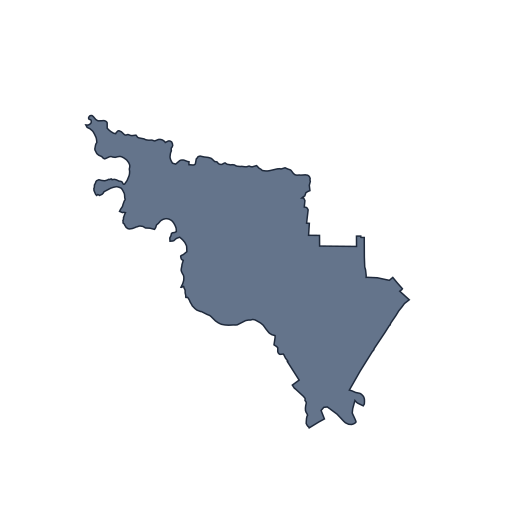 the district of Adjud, Vrancea, Romania, rotated 158°
{"feature_id": "2599482B44927055134787", "entity_name": "Adjud", "entity_type": "district", "adm_level": 2, "iso_a3": "ROU", "parent_name": "Romania", "parent_adm1": "Vrancea", "projection": "albers", "projection_center": [27.21, 46.112], "detail": "fine", "context": "isolated", "style": "filled", "palette": "slate", "viewbox_px": 512, "rotation_deg": 158, "n_neighbors": 0, "source": "geoboundaries", "source_scale": "gbopen_adm2", "svg_char_len": 6126}
<svg xmlns="http://www.w3.org/2000/svg" viewBox="0 0 512 512"><g transform="rotate(158 256 256)"><path d="M348.1,439.1L351.6,440.4L352.0,440.7L352.9,441.8L353.5,442.8L354.6,446.2L355.4,447.6L356.3,448.1L357.5,448.2L358.4,447.8L359.3,447.1L359.7,446.1L359.6,445.4L359.3,445.0L358.7,444.7L358.2,444.2L358.1,443.4L358.5,441.9L359.2,441.1L360.8,440.4L362.1,440.3L362.9,440.4L364.7,441.3L364.4,438.5L362.3,436.2L360.7,433.1L360.4,431.9L360.1,429.4L359.9,425.8L360.0,424.9L360.4,423.1L361.1,420.8L362.2,420.1L363.2,419.0L365.3,415.7L365.6,414.6L365.3,411.3L365.2,410.5L364.1,408.4L361.8,406.0L361.2,404.3L360.2,402.9L359.4,402.7L354.8,402.9L353.9,402.8L352.6,402.2L351.9,401.5L349.6,400.2L347.2,399.9L344.8,399.3L343.4,398.3L341.9,396.6L340.0,393.6L339.7,392.6L339.1,390.3L339.0,388.2L339.2,387.0L339.8,385.7L340.9,384.1L341.5,381.7L342.5,379.6L343.5,378.1L347.2,374.3L350.9,371.9L351.3,371.9L351.7,372.0L352.1,372.4L352.2,372.8L352.4,374.3L352.6,375.1L353.1,375.6L354.2,376.4L355.0,376.8L356.8,378.8L358.5,380.1L360.9,380.7L361.1,381.6L361.6,381.8L363.0,381.7L363.6,382.2L364.3,382.3L365.1,382.1L368.1,382.4L371.0,384.0L373.1,385.6L375.6,385.5L376.6,384.9L377.6,383.7L379.2,382.4L380.2,380.2L381.0,379.4L381.7,377.4L381.6,373.5L381.5,372.9L381.0,371.8L379.8,372.3L379.1,371.8L378.5,370.8L377.1,370.8L375.5,370.9L374.0,371.6L372.9,372.5L372.2,372.6L365.3,373.3L362.3,373.1L359.6,372.6L358.9,372.3L357.1,370.9L355.8,369.6L355.5,369.1L355.1,367.7L354.9,366.0L354.7,363.4L355.0,361.8L356.0,358.8L355.9,358.1L356.3,357.2L357.6,356.3L360.1,353.5L361.2,352.0L364.0,350.1L365.8,348.5L363.5,346.2L362.1,346.0L360.8,345.1L362.2,343.8L364.5,341.2L365.2,339.6L366.1,338.8L366.3,337.9L366.9,336.4L366.2,335.0L366.1,333.6L365.7,331.1L364.5,329.3L363.3,328.5L360.4,327.8L357.5,327.7L356.4,327.8L355.3,327.6L353.1,327.5L352.2,327.2L349.8,325.8L348.0,323.4L343.9,321.5L340.1,318.7L338.4,319.9L336.6,322.1L334.3,322.8L331.4,324.3L330.6,324.5L328.3,324.8L326.1,324.5L324.7,324.0L323.0,322.9L321.9,321.7L321.0,320.5L320.4,319.1L319.9,317.2L319.6,314.7L319.6,312.2L319.8,311.1L320.7,308.5L322.5,308.3L324.7,308.8L325.9,308.6L327.3,306.6L329.2,305.0L330.2,301.9L327.6,301.1L326.4,301.0L324.0,301.9L322.8,302.1L319.7,302.0L318.0,298.6L316.9,295.3L316.6,291.4L317.1,289.8L318.5,285.9L323.2,284.5L324.6,284.5L325.8,284.2L326.1,283.5L326.4,281.6L326.3,280.9L325.9,280.0L325.1,279.2L327.9,275.7L328.4,274.7L330.0,272.3L330.7,271.0L330.9,269.6L330.8,267.3L330.6,266.0L330.5,265.2L330.8,263.5L331.3,262.3L332.1,260.6L333.3,259.0L334.5,257.6L337.3,255.1L337.0,254.9L335.2,254.9L334.6,255.0L334.5,254.9L334.7,253.3L334.5,251.6L334.7,250.3L335.5,248.4L335.9,245.8L336.6,244.1L336.4,243.7L336.0,243.6L335.1,243.4L334.8,242.9L334.3,240.3L334.3,237.9L333.8,234.7L333.8,233.8L332.3,230.1L331.1,228.0L328.1,225.2L327.5,225.0L323.2,220.1L321.2,218.2L320.4,216.8L317.9,211.0L316.1,208.3L314.9,206.9L313.6,205.6L310.6,203.7L307.3,202.1L302.4,200.4L300.9,199.7L299.2,199.2L289.8,200.0L286.8,199.4L285.2,198.7L282.8,198.4L280.8,197.1L277.0,192.4L275.5,189.7L275.1,188.6L274.1,184.4L272.8,180.1L272.4,179.3L270.8,177.1L268.2,175.1L268.7,173.5L272.6,166.9L270.8,164.3L270.2,162.7L271.6,159.4L271.7,158.7L271.7,157.8L271.2,156.4L270.7,155.9L270.3,155.7L267.5,154.9L267.2,154.1L266.9,150.3L265.9,146.6L266.5,146.4L262.5,124.8L270.7,122.7L269.9,118.8L269.6,118.7L264.6,108.1L263.8,105.5L264.7,103.6L264.3,102.3L264.4,100.9L266.0,98.6L267.2,96.4L268.0,94.2L268.1,92.3L267.8,90.8L267.8,89.1L268.9,88.1L270.0,86.5L271.3,83.9L272.2,81.9L272.0,79.8L271.6,78.4L271.2,78.0L271.1,76.7L259.7,78.6L253.6,79.3L253.5,88.4L249.8,90.3L246.4,89.3L240.1,79.0L236.6,70.0L235.6,67.9L233.2,65.3L230.6,64.0L229.0,63.8L227.2,63.9L225.7,64.4L225.3,65.1L225.3,67.5L225.6,74.3L223.6,78.1L218.4,85.0L217.6,82.7L216.7,81.3L212.7,76.9L211.0,78.2L209.9,80.5L209.1,82.7L208.9,84.7L209.2,86.3L210.1,88.4L211.1,89.7L214.8,92.2L217.5,95.0L219.7,96.7L202.5,110.3L184.2,123.6L181.8,124.9L181.1,125.9L164.9,136.9L159.1,141.1L158.1,141.7L157.4,141.8L157.2,142.1L157.1,142.4L155.8,143.6L148.7,148.3L144.1,151.7L140.1,153.9L136.2,156.3L130.3,158.0L135.9,169.5L133.4,170.2L132.5,170.8L135.1,178.2L137.2,184.9L141.5,183.5L151.7,190.4L160.9,194.6L161.9,194.9L161.1,196.8L159.6,202.1L159.3,205.1L155.9,214.5L148.7,232.6L151.7,233.9L151.8,234.1L151.4,235.2L155.4,236.8L159.2,227.2L193.3,241.4L189.4,251.3L199.5,255.5L194.3,266.3L196.8,267.5L190.4,279.2L190.4,279.5L190.5,280.5L190.8,281.7L191.2,282.2L192.9,283.3L189.9,289.0L190.1,291.8L191.8,292.6L189.5,293.3L188.3,293.4L186.2,295.8L186.0,296.0L183.7,296.4L181.5,296.4L180.1,301.6L177.7,304.8L177.5,306.3L176.8,307.4L176.7,309.0L177.1,310.5L177.9,311.6L179.9,312.8L184.2,314.2L185.5,314.9L187.8,315.6L189.4,316.7L190.4,318.5L191.4,322.1L191.8,322.9L194.0,324.8L196.0,326.9L200.3,327.3L201.1,328.0L203.6,328.8L211.2,330.0L213.4,330.5L214.9,331.1L218.1,332.9L218.9,334.5L220.3,336.3L221.6,339.6L226.3,340.1L227.9,341.2L228.4,341.8L229.3,342.1L231.2,342.2L232.7,342.8L235.7,344.5L237.1,344.9L239.8,346.3L240.7,347.0L241.9,348.5L243.6,349.5L245.7,350.1L246.7,350.9L247.9,351.5L248.7,352.2L249.8,353.9L250.8,354.0L253.4,353.7L254.9,354.4L255.7,355.0L256.5,356.4L256.8,357.7L257.7,358.4L258.9,359.0L260.4,362.4L261.1,363.5L263.4,365.3L266.9,367.2L270.4,369.6L272.2,369.8L272.7,369.7L274.0,368.8L275.0,368.4L277.6,364.3L278.3,363.8L279.4,363.7L280.2,363.9L284.0,365.8L282.8,368.5L284.0,369.2L286.9,371.9L287.6,372.3L289.5,373.0L291.0,373.0L296.1,371.3L298.7,373.4L299.1,376.9L298.9,379.0L298.6,380.1L297.4,382.3L296.6,383.6L295.0,385.3L295.0,385.9L294.1,387.8L292.9,388.5L291.8,389.7L291.4,391.6L291.5,393.4L292.4,394.6L293.3,395.2L294.2,395.5L297.6,395.2L297.8,396.4L299.1,398.4L299.8,399.1L301.3,400.1L302.8,400.6L306.8,400.6L307.5,401.1L309.1,402.5L312.0,403.5L314.1,404.7L315.1,405.5L315.9,406.5L320.5,409.5L321.3,410.4L322.0,413.0L326.0,414.1L327.2,414.8L328.9,416.4L329.5,416.7L331.4,416.8L332.5,417.7L334.3,421.6L335.9,423.3L336.8,423.7L337.5,423.6L339.8,422.5L340.3,422.0L342.0,423.1L344.0,425.8L345.2,428.0L346.1,430.2L344.2,435.0L344.1,435.7L344.5,436.8L345.2,437.7L346.1,438.4L346.9,438.8L348.1,439.1Z" fill="#64748b" stroke="#1e293b" stroke-width="1.5"/></g></svg>